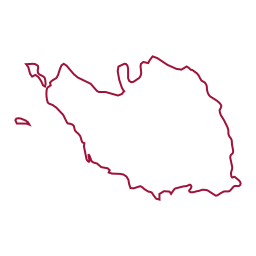 an SVG outline of Vendée
{"feature_id": "FRA-5353", "entity_name": "Vendée", "entity_type": "Metropolitan department", "adm_level": 1, "iso_a3": "FRA", "parent_name": "France", "parent_adm1": "", "projection": "mercator", "projection_center": [-1.356, 46.678], "detail": "fine", "context": "isolated", "style": "outline", "palette": "rose", "viewbox_px": 256, "rotation_deg": 0, "n_neighbors": 0, "source": "natural_earth", "source_scale": "10m", "svg_char_len": 2794}
<svg xmlns="http://www.w3.org/2000/svg" viewBox="0 0 256 256"><path d="M171.1,193.9L169.5,191.6L164.0,191.2L159.4,194.0L159.5,199.6L156.2,198.7L153.9,195.8L151.6,192.4L149.7,191.8L148.4,191.6L144.6,189.3L141.8,186.9L140.2,186.2L133.6,188.3L130.5,188.1L129.2,184.3L128.4,179.8L126.5,176.6L123.6,174.6L120.3,173.9L112.0,173.6L108.7,172.5L109.7,170.2L107.7,168.3L101.2,167.1L97.0,163.5L93.5,162.5L92.0,161.6L91.1,160.1L89.7,156.2L88.5,154.2L88.6,156.5L89.3,159.4L89.5,161.0L88.9,161.8L87.8,161.1L86.6,159.5L83.9,146.3L84.4,143.2L82.4,142.4L81.5,140.4L80.9,138.0L80.1,135.9L78.3,133.7L76.4,132.1L74.9,130.3L73.7,125.7L72.0,124.4L70.0,123.7L67.9,123.5L66.9,122.4L63.2,114.9L56.4,107.7L52.5,104.9L49.4,103.8L47.9,102.7L47.0,99.9L46.5,96.4L46.4,93.3L46.7,89.4L47.5,87.6L50.7,85.3L50.0,82.7L51.8,80.8L56.5,77.9L58.0,75.1L60.1,68.6L61.5,65.4L63.7,63.8L66.5,65.6L73.9,74.3L77.8,77.5L90.7,83.8L97.0,91.0L98.9,92.0L105.5,92.0L118.0,95.5L121.9,94.0L123.5,91.8L124.2,91.4L122.0,88.1L119.3,80.0L117.7,71.4L118.4,66.6L124.4,63.8L126.0,64.0L127.3,65.4L128.1,68.3L128.1,78.2L129.2,80.9L131.2,82.2L133.5,81.8L139.1,78.0L140.2,76.6L140.9,74.9L141.2,72.7L140.5,65.9L141.1,63.7L143.4,62.0L148.2,63.1L149.7,60.2L152.6,56.4L157.3,58.1L167.5,64.9L176.5,68.9L181.5,69.6L186.6,66.5L188.7,67.8L190.7,69.7L192.5,70.1L197.0,73.4L198.6,75.4L200.3,78.7L201.5,80.6L204.8,82.5L206.3,84.8L206.8,86.4L207.0,90.0L207.9,93.1L208.9,95.0L210.1,96.4L217.2,100.9L219.8,103.3L220.9,104.8L221.3,105.9L221.2,106.7L220.8,107.8L219.6,110.1L219.8,112.1L220.8,115.1L224.1,120.4L227.5,127.3L228.0,129.1L228.4,130.6L228.4,131.8L228.3,133.1L228.6,134.6L229.3,136.4L230.8,138.3L231.5,139.7L231.8,141.0L232.0,144.7L233.0,149.9L233.2,151.6L232.9,152.8L232.2,153.8L231.3,154.5L230.5,155.7L230.2,157.5L232.2,167.0L232.2,168.2L232.0,169.4L231.1,172.2L231.0,174.0L231.4,176.5L232.2,177.5L233.1,177.3L233.8,176.8L234.7,176.9L238.9,180.3L240.3,182.1L240.6,183.4L240.3,184.8L239.4,185.7L238.5,186.1L237.8,186.2L236.9,186.0L235.8,185.9L234.7,186.0L233.6,186.6L230.0,190.7L229.0,191.3L228.2,191.4L224.6,191.4L223.4,191.7L220.1,193.5L219.2,194.2L217.3,195.3L215.8,195.7L207.4,190.3L204.2,189.8L202.2,189.8L200.4,190.4L199.6,190.7L195.7,191.5L194.3,192.0L193.1,192.2L190.8,192.3L189.5,191.6L189.1,190.7L189.7,189.7L190.6,188.8L191.2,187.6L191.4,186.3L190.5,184.9L189.5,184.7L187.3,185.8L186.0,186.1L183.4,186.4L175.9,188.3L174.7,188.8L173.9,189.7L171.7,192.9L171.1,193.9L171.1,193.9ZM37.9,72.8L39.2,74.3L43.4,76.5L44.7,77.9L45.3,80.4L45.6,84.1L45.0,86.5L43.0,85.3L41.2,81.2L38.5,77.1L35.4,74.9L32.1,76.6L30.1,73.8L28.2,66.9L26.1,64.2L33.2,63.8L35.4,64.2L37.9,65.8L38.2,67.8L37.7,70.2L37.9,72.8ZM21.0,118.6L25.8,120.6L28.1,122.4L29.4,124.7L26.6,123.6L16.8,123.5L15.4,120.2L16.3,118.6L18.6,118.2L21.0,118.6Z" fill="none" stroke="#9f1239" stroke-width="2"/></svg>